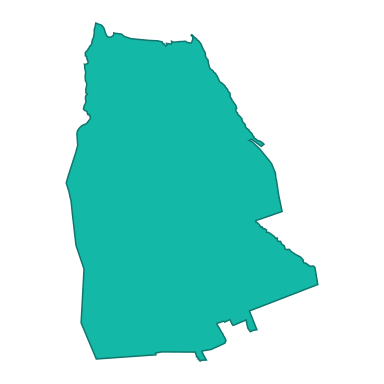 Poiana, Galati, Romania (Mercator projection)
{"feature_id": "2599482B29930611837827", "entity_name": "Poiana", "entity_type": "district", "adm_level": 2, "iso_a3": "ROU", "parent_name": "Romania", "parent_adm1": "Galati", "projection": "mercator", "projection_center": [27.265, 46.007], "detail": "fine", "context": "isolated", "style": "filled", "palette": "teal", "viewbox_px": 384, "rotation_deg": 0, "n_neighbors": 0, "source": "geoboundaries", "source_scale": "gbopen_adm2", "svg_char_len": 4937}
<svg xmlns="http://www.w3.org/2000/svg" viewBox="0 0 384 384"><path d="M96.3,359.0L155.9,354.8L155.5,353.0L156.3,352.9L161.8,351.9L195.2,352.1L195.8,353.8L196.3,355.5L196.7,356.9L197.3,356.8L197.7,357.4L198.1,357.8L198.2,358.1L198.5,358.4L198.2,358.7L198.3,358.7L198.6,358.9L198.9,359.0L199.1,359.6L199.3,360.3L199.8,360.1L199.9,360.5L200.2,361.0L201.9,360.2L202.2,360.3L202.5,360.2L204.5,360.1L206.4,360.0L205.7,358.9L205.3,358.2L204.9,357.4L204.6,357.0L204.4,356.6L204.1,356.0L203.8,355.7L203.6,355.3L203.5,355.0L203.2,354.4L202.8,353.3L202.3,352.5L201.8,351.7L201.8,351.2L202.3,351.0L203.3,350.8L205.1,350.5L206.0,350.3L206.9,350.2L207.4,350.1L208.5,349.9L209.9,349.7L211.2,349.5L213.6,348.3L215.5,347.5L217.2,346.7L218.0,346.3L218.8,346.0L220.2,345.4L222.1,344.5L224.8,343.2L226.0,340.6L224.5,337.2L223.3,335.4L222.9,334.0L222.0,332.7L221.0,331.3L220.0,329.3L218.6,326.9L216.8,324.3L217.1,323.4L222.9,321.4L223.8,321.2L224.7,322.1L229.8,319.6L231.5,322.9L232.3,324.5L232.7,325.1L233.3,325.4L246.0,320.0L247.9,328.3L250.3,331.7L252.2,330.8L253.4,330.4L254.2,330.2L254.8,330.1L255.2,330.0L256.9,329.8L249.4,310.9L254.5,309.0L317.8,284.5L314.9,267.4L313.6,266.1L312.6,266.2L312.1,266.0L310.8,266.4L309.5,265.9L308.7,265.3L305.8,263.1L304.1,263.0L302.8,261.0L303.4,260.2L300.6,257.1L295.0,254.1L290.9,251.3L289.5,249.4L286.3,249.5L285.2,249.0L284.3,245.8L281.9,244.3L280.7,241.7L280.2,241.2L278.2,241.5L277.2,239.6L277.4,238.1L277.0,237.9L276.2,238.4L275.6,238.3L274.1,236.3L273.0,235.5L268.7,232.4L266.6,232.3L266.5,230.0L264.8,228.7L263.3,228.8L262.8,228.2L262.4,227.1L261.9,226.8L261.2,227.4L259.5,225.0L257.4,222.7L255.8,221.9L255.9,220.6L282.1,211.5L278.8,195.7L277.7,188.4L276.3,179.1L275.6,178.4L275.8,176.2L275.2,172.4L274.2,170.2L271.8,164.2L270.4,162.0L259.1,148.3L251.7,141.5L249.0,140.5L251.6,139.2L256.2,142.6L261.3,146.4L264.0,144.2L263.4,143.6L260.5,141.4L258.6,140.8L257.8,140.6L256.9,140.1L256.0,139.1L254.9,138.5L254.1,137.9L254.0,136.9L253.2,136.0L252.9,135.7L252.3,134.2L251.5,133.1L249.5,131.2L248.8,129.8L247.8,129.2L245.6,127.2L245.2,124.7L244.4,123.6L242.9,122.2L242.7,121.2L242.1,120.5L241.9,119.7L242.1,118.9L241.4,118.3L239.6,115.9L237.9,114.6L237.5,112.9L236.6,112.3L236.1,111.2L235.9,110.0L235.6,109.3L236.1,108.7L236.7,108.3L235.7,105.2L232.6,101.0L231.9,100.3L231.8,99.3L231.3,98.3L230.7,97.8L230.2,96.3L230.2,95.3L229.9,94.1L230.1,93.5L229.9,93.1L229.0,92.0L228.0,91.2L227.6,89.5L226.5,88.2L225.4,87.0L224.9,85.7L223.1,84.2L222.0,83.1L220.2,82.2L219.5,81.2L218.8,79.7L217.3,76.4L215.4,73.4L213.6,71.9L212.9,70.6L210.3,68.9L209.5,67.3L208.4,63.2L208.4,61.9L208.0,61.1L208.1,60.3L208.0,60.0L206.2,57.8L205.4,55.9L205.5,54.4L204.9,52.0L204.6,51.6L203.6,50.0L202.0,46.5L201.0,44.0L198.4,40.6L197.2,40.3L196.9,39.2L195.7,38.3L193.2,36.1L192.9,35.6L191.8,34.7L191.5,34.9L191.2,35.3L191.2,35.5L191.8,35.9L192.0,36.1L192.3,36.6L192.5,36.9L192.7,37.4L192.7,38.1L192.8,38.9L192.6,39.5L192.5,40.2L192.0,41.4L191.7,42.0L191.0,42.9L190.5,43.3L189.7,43.0L188.9,42.6L187.1,42.5L186.2,41.7L185.2,41.2L183.8,41.4L182.0,41.5L179.4,41.6L177.7,41.8L176.3,42.0L175.2,42.0L174.2,42.2L172.6,41.9L171.5,41.3L171.6,42.1L171.7,42.8L171.3,43.8L171.1,44.1L168.6,43.7L166.7,43.4L167.2,44.3L167.0,44.8L166.5,45.5L165.6,46.0L165.0,44.8L164.7,44.2L163.6,43.8L162.8,43.8L162.6,43.3L162.6,42.6L162.5,42.3L162.3,42.0L161.9,41.8L161.2,41.6L159.5,41.3L158.5,40.9L157.5,40.8L149.0,40.4L131.2,38.7L124.4,36.5L121.5,34.1L117.2,33.5L115.0,33.3L113.8,32.9L113.8,34.0L113.2,35.5L111.9,36.6L110.4,37.2L108.6,37.1L107.2,36.4L105.9,34.1L105.3,32.5L104.2,28.8L103.3,27.2L101.9,25.5L101.3,25.1L100.7,24.9L100.1,24.7L98.7,24.2L95.8,23.0L95.5,24.6L95.2,26.6L94.8,27.9L94.7,28.2L94.4,29.0L94.2,29.7L94.3,30.3L94.2,31.0L94.2,31.6L94.4,32.6L94.1,33.5L94.0,34.2L94.1,34.6L94.0,34.8L93.9,35.3L93.8,35.7L93.7,35.9L93.9,36.5L93.6,37.4L93.1,38.3L92.5,39.4L92.3,40.7L91.8,42.0L91.9,43.0L91.7,43.8L91.3,44.6L90.5,45.6L89.8,46.3L89.4,46.8L89.2,47.8L88.3,48.7L87.7,49.9L87.4,50.6L86.2,51.5L85.7,52.1L85.4,52.6L85.2,53.1L85.5,53.8L85.7,54.2L85.3,55.0L85.3,55.7L86.6,56.7L86.8,57.7L87.1,58.8L87.3,59.3L87.2,59.7L87.4,60.1L87.6,60.7L88.0,61.2L88.0,61.9L88.1,62.6L88.1,62.9L87.8,63.3L87.3,63.5L86.7,64.0L86.0,64.1L85.4,64.4L84.9,64.5L84.4,64.3L84.5,64.9L84.7,65.6L84.7,67.2L84.8,68.3L84.9,69.2L85.2,70.1L85.5,71.2L85.6,72.6L85.5,74.1L85.2,75.0L85.2,77.0L85.3,79.0L85.4,80.5L86.3,82.4L86.7,83.3L86.6,85.3L86.4,86.8L85.8,89.0L85.9,91.6L85.8,92.8L87.4,93.8L87.5,94.4L86.2,95.1L85.5,96.4L85.5,98.0L85.5,99.5L85.8,100.6L86.0,101.4L85.7,103.0L85.1,104.0L84.6,104.8L84.1,106.1L83.8,107.3L83.4,108.9L84.6,110.4L86.9,111.3L87.7,114.5L88.8,114.3L89.0,115.1L89.6,115.0L89.8,115.7L90.5,118.4L86.4,123.7L83.8,124.7L81.7,125.8L80.5,127.0L79.3,128.1L77.6,130.6L76.9,133.7L77.1,136.8L77.7,145.3L75.7,152.7L68.1,176.3L66.2,183.0L68.8,191.1L71.1,201.5L72.4,214.1L76.0,245.3L84.0,269.0L82.9,290.0L81.1,322.8L88.7,340.9L96.3,359.0Z" fill="#14b8a6" stroke="#0f766e" stroke-width="1.5"/></svg>